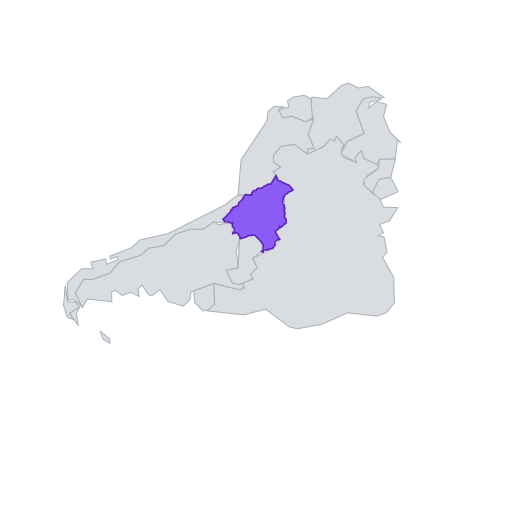 South America, with Bolivia highlighted, rotated 58°
{"feature_id": "BOL", "entity_name": "Bolivia", "entity_type": "country or territory", "adm_level": 0, "iso_a3": "BOL", "parent_name": "South America", "parent_adm1": "", "projection": "robinson", "projection_center": [-65.153, -16.301], "detail": "fine", "context": "in_parent", "style": "filled", "palette": "violet", "viewbox_px": 512, "rotation_deg": 58, "n_neighbors": 12, "source": "natural_earth", "source_scale": "50m", "svg_char_len": 9052}
<svg xmlns="http://www.w3.org/2000/svg" viewBox="0 0 512 512"><g transform="rotate(58 256 256)"><path d="M205.6,432.3L209.5,438.9L221.0,443.5L205.9,444.5L205.6,432.3ZM256.9,306.3L252.2,330.3L258.1,335.2L259.9,344.3L248.1,354.7L233.7,355.3L234.4,365.8L231.6,367.7L220.7,367.9L221.3,373.5L228.3,376.4L220.4,381.6L218.7,390.3L210.9,393.2L209.7,397.3L218.3,402.5L203.2,421.9L207.7,430.7L191.4,428.9L184.3,414.1L188.8,408.2L193.1,388.9L188.5,374.6L194.1,353.7L192.4,343.0L198.3,328.9L194.6,312.8L198.7,296.3L205.2,287.4L204.5,273.8L209.8,271.0L215.0,258.5L224.3,264.0L226.3,259.4L231.9,259.7L241.7,270.2L256.6,277.5L252.3,288.7L266.5,290.2L274.4,279.7L276.6,287.5L256.9,306.3Z" fill="#d9dde1" stroke="#a8b0b8" stroke-width="1"/><path d="M205.6,432.3L205.9,444.5L212.9,444.6L208.0,448.4L195.9,445.4L179.9,433.4L195.3,440.1L198.7,433.9L205.6,432.3ZM198.5,234.3L204.2,244.7L207.4,264.4L211.5,265.1L204.5,273.8L205.2,287.4L198.7,296.3L194.6,312.8L198.3,328.9L192.4,343.0L194.1,353.7L188.5,374.6L193.1,388.9L188.8,408.2L184.3,414.1L191.4,428.9L205.8,430.4L196.2,433.7L193.9,438.9L178.5,430.2L174.5,410.5L180.5,400.9L173.7,399.3L178.8,385.1L183.9,387.0L185.9,375.4L182.8,373.9L181.6,380.9L178.7,380.1L183.0,357.7L180.9,345.8L190.4,318.8L196.2,256.0L194.6,238.7L198.5,234.3Z" fill="#d9dde1" stroke="#a8b0b8" stroke-width="1"/><path d="M237.5,428.0L249.1,423.9L252.5,426.4L245.2,429.9L237.5,428.0Z" fill="#d9dde1" stroke="#a8b0b8" stroke-width="1"/><path d="M256.9,306.3L275.0,316.7L277.7,320.6L274.5,330.1L262.9,332.7L252.6,327.3L256.9,306.3Z" fill="#d9dde1" stroke="#a8b0b8" stroke-width="1"/><path d="M276.7,326.5L275.0,316.7L256.9,306.3L276.6,287.5L276.8,283.0L272.0,280.8L273.8,271.0L268.4,270.6L266.6,261.5L256.1,260.0L258.5,237.7L254.9,227.0L245.4,226.8L243.7,212.6L219.3,200.0L219.6,189.7L204.9,196.9L193.5,196.8L193.8,188.2L185.3,191.4L180.1,188.0L176.2,177.0L181.6,164.2L196.7,158.6L199.0,140.5L196.0,131.0L200.1,128.5L197.1,124.3L208.5,122.5L210.9,127.7L218.5,129.6L229.5,121.6L225.0,119.9L222.2,111.0L230.9,112.6L242.7,104.5L246.5,105.5L246.6,118.4L251.3,126.6L266.6,123.8L266.7,119.8L282.0,122.0L290.1,110.2L296.9,124.2L294.8,134.6L303.7,135.5L303.9,141.2L307.7,137.4L322.4,143.0L324.0,149.4L347.1,150.5L369.1,163.5L373.2,176.0L371.0,185.4L352.7,208.5L348.9,235.9L339.8,259.1L334.4,265.0L306.3,275.9L299.4,297.5L276.7,326.5Z" fill="#d9dde1" stroke="#a8b0b8" stroke-width="1"/><path d="M196.7,158.6L181.6,164.2L176.2,177.0L180.1,188.0L185.3,191.4L193.8,188.2L193.5,196.8L198.6,196.5L203.0,205.7L201.6,228.1L194.6,238.7L166.4,217.6L147.2,175.1L139.7,169.1L138.8,161.1L144.3,153.5L143.7,159.3L152.7,160.0L156.7,151.2L168.2,143.0L170.4,134.4L180.7,147.3L195.9,149.6L192.7,155.4L196.7,158.6Z" fill="#d9dde1" stroke="#a8b0b8" stroke-width="1"/><path d="M211.8,127.0L208.5,122.5L197.1,124.3L200.1,128.5L196.0,131.0L199.0,140.5L196.7,158.6L192.7,155.4L195.9,149.6L180.7,147.3L170.4,134.4L158.8,131.9L150.9,124.5L160.3,112.2L156.6,93.0L158.7,85.5L167.8,80.3L171.7,71.0L189.3,63.6L179.7,82.0L186.3,94.3L209.5,99.4L207.2,118.0L211.8,127.0Z" fill="#d9dde1" stroke="#a8b0b8" stroke-width="1"/><path d="M242.7,104.5L230.9,112.6L222.2,111.0L225.0,119.9L229.5,121.6L214.6,130.0L207.2,118.0L209.5,99.4L186.3,94.3L179.7,82.0L181.7,74.6L186.4,68.0L189.6,67.0L185.8,77.9L189.9,82.0L189.2,71.6L196.6,64.8L205.3,74.0L221.8,76.7L236.9,73.1L232.7,74.7L247.6,86.4L239.3,100.2L242.7,104.5Z" fill="#d9dde1" stroke="#a8b0b8" stroke-width="1"/><path d="M263.9,123.3L253.8,126.9L248.2,123.9L246.5,105.5L239.3,100.2L247.6,86.4L260.7,100.1L256.3,111.0L263.9,123.3Z" fill="#d9dde1" stroke="#a8b0b8" stroke-width="1"/><path d="M274.0,120.9L263.9,123.3L258.5,115.1L256.3,111.0L260.7,100.1L276.8,101.3L274.0,120.9Z" fill="#d9dde1" stroke="#a8b0b8" stroke-width="1"/><path d="M169.1,135.0L168.2,143.0L156.7,151.2L152.7,160.0L143.7,159.3L147.0,149.3L141.0,146.9L141.1,140.1L145.3,129.7L151.6,126.2L169.1,135.0Z" fill="#d9dde1" stroke="#a8b0b8" stroke-width="1"/><path d="M255.0,249.1L256.1,260.0L266.6,261.5L268.4,270.6L273.8,271.0L271.1,285.8L266.5,290.2L252.3,288.7L256.6,277.5L232.7,260.9L237.2,246.0L250.4,244.4L255.0,249.1Z" fill="#d9dde1" stroke="#a8b0b8" stroke-width="1"/><path d="M198.9,233.9L198.9,233.6L198.8,233.2L198.6,232.9L198.3,232.7L198.2,232.4L198.3,232.1L198.9,231.6L199.2,231.5L199.3,231.2L199.5,231.0L200.1,230.2L200.4,229.7L200.7,229.3L201.1,229.1L201.3,228.9L201.2,228.4L201.2,228.0L201.4,227.8L201.7,227.5L202.1,227.3L202.2,227.2L201.8,226.8L201.2,226.5L200.7,226.5L200.4,226.3L200.3,226.1L199.4,223.8L199.3,223.2L199.9,221.9L200.1,221.5L200.5,220.9L200.4,220.7L199.7,219.8L199.5,219.4L199.5,218.9L199.6,218.4L200.0,218.1L200.1,217.7L200.2,217.3L200.3,217.1L200.5,216.9L200.7,216.6L201.1,216.3L201.3,216.0L201.3,215.4L201.5,215.2L201.9,215.0L202.0,214.9L201.9,214.4L201.6,214.0L201.5,213.7L201.2,212.6L201.0,212.1L201.1,211.9L201.2,211.6L201.4,211.0L201.5,210.4L201.4,208.0L201.4,207.5L201.6,207.2L202.0,206.8L202.2,206.6L202.5,206.4L202.5,206.0L202.7,205.7L202.9,205.3L202.2,204.0L201.6,202.9L201.1,201.8L200.4,200.5L200.0,199.7L199.5,198.7L199.0,197.8L198.4,196.5L198.9,196.5L200.1,196.5L201.3,196.8L202.0,196.9L202.3,197.0L202.4,197.3L202.6,197.5L202.9,197.4L203.2,197.4L203.8,197.1L204.3,196.9L204.7,196.6L204.9,196.4L205.5,195.6L205.9,195.1L206.3,194.9L207.1,194.9L207.3,195.0L207.7,195.0L207.9,194.5L208.4,194.0L209.2,193.3L209.6,193.1L209.9,192.9L210.3,192.9L210.7,192.6L212.6,191.0L213.4,190.5L213.9,190.4L214.3,190.3L215.0,190.1L216.7,189.9L217.7,189.8L218.1,190.0L218.5,189.9L218.8,189.6L219.1,189.4L219.3,189.5L219.6,189.9L219.7,190.4L219.6,190.7L219.7,191.2L219.8,191.9L219.7,192.5L219.3,193.3L219.1,193.7L219.0,194.0L219.1,194.4L219.3,195.2L219.6,196.2L219.7,196.9L219.4,197.4L219.3,197.8L219.3,198.2L219.4,198.4L219.6,198.6L219.7,198.9L219.7,199.3L219.9,199.7L220.3,200.1L220.4,200.5L220.3,200.8L220.4,201.1L220.5,201.2L220.8,201.0L221.1,201.5L221.3,202.0L221.3,202.3L221.7,202.5L222.1,202.7L222.4,202.8L222.8,203.3L223.2,203.7L223.7,203.9L223.9,204.3L224.2,205.0L225.0,205.2L226.0,205.4L226.6,205.5L227.3,205.2L227.8,205.2L228.3,205.4L228.6,205.6L229.0,205.9L229.5,206.4L230.0,206.5L230.4,206.3L230.7,206.2L230.9,206.3L231.1,206.8L231.2,207.1L231.5,207.3L232.1,207.9L232.4,208.2L232.8,208.2L233.6,208.6L234.5,208.9L234.9,209.0L235.4,208.9L235.7,209.1L235.8,209.6L236.5,210.5L236.9,210.9L237.3,211.2L238.4,211.2L238.7,211.3L239.2,211.2L240.6,211.0L240.9,211.0L241.7,211.4L242.6,212.0L243.3,212.4L243.7,212.7L243.9,213.1L244.1,213.5L244.2,214.0L244.1,214.5L243.9,214.6L243.9,214.9L243.9,215.4L244.2,215.8L244.4,216.3L244.5,217.1L244.7,217.4L244.8,220.1L244.2,220.1L243.3,220.1L243.5,220.4L244.3,221.4L245.0,222.3L245.1,223.8L245.1,224.7L245.2,226.0L245.3,226.8L247.0,226.9L249.0,227.0L251.3,227.1L253.4,227.2L253.6,227.1L254.0,227.0L254.2,226.9L254.4,226.9L254.4,227.2L254.3,227.6L254.3,228.1L253.7,229.0L253.7,229.3L253.8,230.5L254.0,231.4L254.1,232.3L254.3,232.6L255.0,233.0L256.1,233.9L256.5,234.0L256.9,233.9L257.1,234.2L257.1,234.8L257.7,236.4L258.0,237.4L258.2,237.7L258.5,237.9L258.4,238.0L258.2,238.1L258.1,238.3L257.8,239.4L257.3,240.9L257.0,241.9L257.3,241.9L257.3,242.2L257.3,242.6L257.0,242.7L256.9,242.8L256.5,243.7L256.1,244.8L255.5,245.9L255.2,246.6L255.7,247.1L256.6,248.0L256.4,248.2L256.1,248.3L255.8,248.4L255.5,248.7L255.4,248.9L255.1,249.0L255.2,248.1L255.1,247.2L253.6,246.1L252.2,245.2L250.5,244.0L248.3,244.0L246.0,244.1L243.8,244.6L241.6,245.1L240.6,245.3L238.5,245.8L237.3,246.1L237.0,247.0L236.5,248.4L236.0,249.2L235.5,250.1L234.7,251.3L234.7,252.8L234.7,254.1L234.2,256.1L233.7,257.8L233.3,259.4L232.9,260.5L232.8,260.8L232.8,260.7L232.4,260.4L232.0,259.8L231.9,259.5L229.8,259.5L227.8,259.5L227.6,259.6L227.3,259.6L227.1,259.5L226.9,259.5L226.6,259.6L226.3,259.9L225.5,261.6L225.2,262.3L224.9,262.9L224.7,264.0L224.3,263.8L224.0,262.8L223.8,262.2L223.6,261.6L223.2,260.8L222.7,260.5L222.5,260.4L222.0,260.3L221.3,260.1L221.0,260.1L218.9,260.0L218.7,260.0L217.9,260.1L217.5,260.0L217.0,259.6L216.1,258.8L215.9,258.5L215.5,258.4L215.3,258.3L215.1,258.5L215.0,259.2L214.8,259.8L214.5,260.1L213.9,260.4L213.2,260.6L212.8,260.7L212.7,261.0L212.6,261.4L212.4,261.8L211.5,262.4L211.3,262.6L211.2,263.2L210.6,263.9L210.5,264.2L209.7,264.3L208.6,264.6L208.0,264.5L207.5,264.5L207.4,264.4L207.1,264.2L207.1,263.9L207.1,263.6L207.1,263.1L207.1,262.3L206.7,261.4L206.8,261.1L206.7,260.6L206.6,259.8L206.1,259.4L206.0,258.7L205.9,258.1L205.6,257.3L205.5,256.3L205.5,255.5L204.9,254.5L204.3,253.5L203.8,253.3L203.7,253.2L203.7,252.9L203.6,252.5L203.7,252.2L204.1,251.7L203.0,250.9L202.8,250.7L202.7,250.4L202.7,250.2L202.9,250.0L203.0,249.8L202.8,249.4L202.8,248.9L202.7,248.7L202.8,248.5L203.5,248.3L203.7,247.9L203.7,247.5L203.6,247.3L203.0,246.6L203.6,245.6L204.0,245.0L204.1,244.8L204.1,244.7L203.7,244.3L203.4,244.1L203.1,243.8L202.7,243.3L202.2,242.9L201.8,242.5L201.6,242.2L201.6,241.9L201.6,241.3L201.3,240.4L201.3,239.8L201.2,239.1L201.0,238.7L201.0,238.3L200.8,237.8L200.7,237.5L200.9,237.3L201.0,237.1L200.0,236.5L199.9,236.4L199.7,235.4L199.0,234.5L198.9,233.9Z" fill="#8b5cf6" stroke="#5b21b6" stroke-width="1.5"/></g></svg>